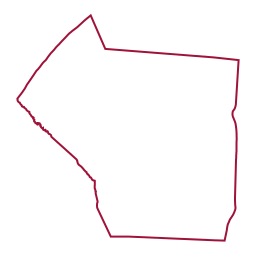 the district of Independencia, La Rioja, Argentina
{"feature_id": "61730980B36977394728144", "entity_name": "Independencia", "entity_type": "district", "adm_level": 2, "iso_a3": "ARG", "parent_name": "Argentina", "parent_adm1": "La Rioja", "projection": "equal_earth", "projection_center": [-67.668, -30.094], "detail": "fine", "context": "isolated", "style": "outline", "palette": "rose", "viewbox_px": 256, "rotation_deg": 0, "n_neighbors": 0, "source": "geoboundaries", "source_scale": "gbopen_adm2", "svg_char_len": 5098}
<svg xmlns="http://www.w3.org/2000/svg" viewBox="0 0 256 256"><path d="M224.6,240.6L226.8,230.2L227.0,228.4L227.2,227.3L227.4,226.2L227.6,225.2L227.9,224.1L228.4,223.1L228.8,222.2L229.2,221.2L229.6,220.2L230.1,219.2L230.7,218.4L232.4,215.8L233.0,214.9L233.5,213.9L233.9,213.0L234.4,212.0L234.7,211.0L235.1,210.0L235.4,208.9L235.5,207.8L235.4,206.8L235.2,204.6L235.1,203.5L235.1,202.4L235.0,200.2L235.0,198.0L236.0,160.0L236.1,158.9L236.2,157.8L236.2,155.6L236.3,154.5L236.4,152.3L236.5,151.2L236.5,150.1L236.5,146.8L236.5,145.7L236.5,143.5L236.6,140.3L236.7,139.2L236.6,135.9L236.6,133.7L236.5,132.6L236.5,131.5L236.3,129.3L236.2,128.2L235.9,126.0L235.7,124.9L235.6,123.9L235.3,122.8L235.0,121.8L234.6,120.8L233.4,117.8L232.9,116.8L232.7,115.8L232.5,114.7L232.5,113.6L232.6,112.5L232.8,111.4L233.4,110.5L234.0,109.7L234.6,108.8L235.0,107.8L235.3,106.8L235.6,105.8L235.8,104.7L235.9,103.6L238.6,60.1L213.7,57.4L105.3,48.9L90.7,15.4L86.8,18.6L84.5,20.5L83.0,21.9L79.3,25.3L77.8,26.7L77.1,27.3L76.3,27.9L73.9,29.7L72.3,30.9L70.8,32.2L70.0,32.8L69.2,33.5L68.5,34.2L67.8,34.9L65.7,37.2L62.9,40.1L62.2,40.8L60.1,43.1L59.5,43.8L57.3,46.0L56.6,46.7L55.9,47.5L54.6,49.1L54.0,49.9L53.3,50.6L51.9,52.1L51.2,52.8L50.5,53.6L49.9,54.4L48.0,56.9L47.4,57.8L46.8,58.7L46.2,59.5L45.6,60.3L44.1,61.6L43.4,62.4L42.7,63.1L39.6,67.3L38.9,68.1L38.3,68.9L36.9,70.3L36.2,71.1L35.6,72.0L33.9,74.6L33.3,75.5L28.0,83.2L27.4,84.0L26.8,84.9L25.8,86.8L25.3,87.7L24.8,88.6L24.2,89.5L23.6,90.3L22.4,92.1L21.2,93.7L18.0,97.8L17.7,98.2L17.4,98.7L17.5,98.9L17.5,99.3L17.6,99.5L17.5,100.2L17.6,100.5L17.8,101.0L18.1,101.4L18.2,101.5L18.5,102.0L18.8,102.2L19.0,102.3L19.2,102.5L19.5,102.6L19.8,102.7L19.8,103.0L20.1,103.4L20.3,103.8L20.5,104.1L20.7,104.4L20.8,104.5L21.2,104.9L21.4,104.9L21.6,105.3L21.8,105.5L21.9,105.8L21.9,106.2L21.9,106.3L22.0,106.4L22.5,106.7L22.8,106.8L23.1,106.8L23.4,106.8L23.6,106.8L24.0,107.0L24.0,107.3L24.1,107.5L24.3,107.8L24.7,108.0L25.1,108.3L25.4,108.5L26.0,109.0L26.3,109.5L26.4,109.8L26.6,110.1L26.9,110.4L27.2,110.7L27.4,110.8L27.6,111.0L27.9,111.2L28.2,111.4L28.5,111.6L29.0,111.7L29.3,111.8L29.5,112.1L29.3,112.7L29.4,113.0L29.5,113.4L29.8,113.9L30.0,114.0L30.3,114.4L30.7,114.9L31.1,115.5L31.2,115.8L31.3,116.0L31.5,116.2L31.7,116.5L32.1,116.7L32.3,116.7L32.6,116.9L32.6,117.1L33.2,117.3L33.4,117.4L33.5,117.5L33.4,117.6L33.2,117.7L33.2,117.9L33.1,118.0L33.1,118.4L33.1,118.6L33.3,118.8L33.7,119.0L34.2,119.4L34.3,119.5L34.4,119.9L34.4,120.0L34.2,120.4L34.1,120.6L34.0,120.9L34.1,121.2L34.2,121.3L34.3,121.5L34.5,121.5L34.8,121.8L35.0,122.0L35.2,122.4L35.3,122.5L35.4,122.9L35.5,123.2L36.1,123.3L36.3,123.3L36.5,123.3L36.6,123.5L36.8,123.8L36.9,124.0L37.0,124.1L37.4,124.4L37.4,124.5L37.6,124.6L37.8,124.6L38.0,124.3L38.1,124.0L38.1,123.9L38.1,123.7L37.9,123.4L37.8,123.0L38.0,123.0L38.5,123.1L39.2,123.2L39.3,123.3L39.6,123.4L39.6,123.5L39.7,123.8L39.8,124.0L40.0,124.2L40.3,124.3L40.5,124.5L40.6,124.8L40.6,125.0L40.4,125.3L40.2,125.6L40.2,125.8L40.3,125.9L40.8,126.0L40.9,126.3L40.9,126.7L40.9,126.9L41.0,127.1L41.3,127.4L41.4,127.5L41.5,127.7L41.7,127.9L42.1,127.9L42.3,128.1L42.4,128.5L42.5,128.6L42.9,128.5L43.0,128.4L43.0,128.5L43.1,128.8L43.1,129.0L43.3,129.4L43.3,129.7L43.5,129.9L43.9,130.0L44.1,130.0L44.5,130.3L44.8,130.3L45.0,130.2L45.4,129.9L45.7,130.3L45.7,130.5L45.5,130.9L46.0,131.3L46.2,131.6L46.5,131.7L47.0,131.6L47.1,131.3L47.4,131.2L47.6,131.3L47.9,131.8L48.0,132.1L48.2,132.6L48.2,133.1L48.4,133.4L48.7,133.7L48.9,133.8L49.1,134.0L49.3,134.0L49.9,134.2L50.3,134.5L50.7,134.8L51.1,135.3L51.2,136.1L51.4,136.8L76.4,159.3L76.5,159.4L76.6,159.6L76.8,159.9L76.9,160.1L77.0,160.2L77.1,160.4L77.1,160.6L77.2,160.8L77.4,161.2L77.4,161.4L77.3,161.7L77.4,161.9L77.6,162.6L77.8,163.1L77.8,163.3L77.9,163.6L78.2,164.0L78.5,164.2L78.6,164.5L78.9,164.9L79.1,165.0L79.3,165.1L79.6,165.4L79.9,165.6L80.1,165.7L80.4,165.9L80.5,166.0L80.9,166.3L81.5,166.9L81.7,167.1L81.8,167.2L82.1,167.5L82.4,167.9L82.8,168.2L82.9,168.4L83.1,168.6L83.3,168.8L83.5,169.2L83.7,169.4L83.7,169.6L83.9,169.8L84.5,170.3L84.6,170.5L84.9,170.8L85.2,171.0L85.4,171.3L85.6,171.6L85.8,171.7L85.9,171.8L86.2,171.9L86.3,172.0L86.5,172.1L86.6,172.3L86.6,172.5L86.7,172.9L86.8,173.1L86.9,173.3L87.0,173.6L87.2,173.8L87.3,173.9L87.4,174.0L87.6,174.0L87.8,174.1L88.0,174.3L88.2,174.8L88.3,174.9L88.4,175.0L88.6,175.0L88.9,175.3L89.0,175.5L89.3,175.9L89.5,176.4L89.7,176.6L89.7,176.9L89.9,177.2L90.3,177.4L90.5,177.4L90.9,177.5L91.4,178.4L91.6,178.5L91.7,178.8L91.8,179.1L91.9,179.4L92.0,179.6L92.9,180.1L93.0,180.3L93.6,180.5L93.9,180.6L94.4,180.6L94.7,180.6L94.8,180.7L94.8,184.8L94.8,185.0L94.7,185.4L94.7,185.8L94.7,186.3L94.7,186.5L94.7,187.2L94.7,187.6L94.7,188.0L94.8,188.3L94.8,188.6L94.9,188.8L95.1,189.1L95.1,189.4L95.2,189.5L95.4,190.1L95.4,190.4L95.5,190.5L95.5,190.8L95.6,191.2L95.8,191.5L95.7,191.6L95.8,191.7L95.8,191.8L95.8,192.1L95.7,192.6L95.6,193.1L97.6,201.5L97.6,201.8L97.6,202.0L97.5,202.3L97.3,202.7L97.3,202.9L97.2,203.1L97.1,203.7L97.0,204.7L97.0,205.1L97.0,205.7L97.1,207.1L97.2,207.7L97.5,208.5L110.8,236.6L128.7,236.6L214.5,240.3L224.6,240.6Z" fill="none" stroke="#9f1239" stroke-width="2"/></svg>